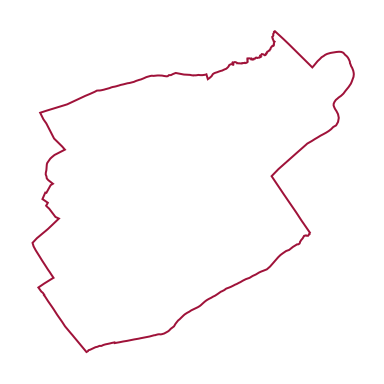 Concepción, Corrientes, Argentina, rotated 182°
{"feature_id": "61730980B94063956743041", "entity_name": "Concepción", "entity_type": "district", "adm_level": 2, "iso_a3": "ARG", "parent_name": "Argentina", "parent_adm1": "Corrientes", "projection": "albers", "projection_center": [-58.127, -28.402], "detail": "fine", "context": "isolated", "style": "outline", "palette": "rose", "viewbox_px": 384, "rotation_deg": 182, "n_neighbors": 0, "source": "geoboundaries", "source_scale": "gbopen_adm2", "svg_char_len": 5920}
<svg xmlns="http://www.w3.org/2000/svg" viewBox="0 0 384 384"><g transform="rotate(182 192 192)"><path d="M336.1,198.9L335.3,198.3L331.3,195.4L333.5,193.9L337.5,186.1L338.6,186.3L341.2,179.7L339.1,178.4L335.7,176.2L337.3,173.2L336.1,172.0L334.2,170.4L327.6,162.3L324.1,160.8L334.9,149.8L345.4,140.4L349.6,135.6L348.4,132.1L346.1,128.2L342.3,122.6L339.3,118.1L336.0,113.4L333.3,109.5L331.4,107.0L329.8,104.7L327.4,101.4L328.2,100.9L330.2,99.6L336.6,95.3L342.2,91.2L339.1,87.2L337.6,86.1L336.0,84.0L336.3,83.7L335.0,82.1L332.0,77.8L328.1,72.6L326.2,70.0L322.4,64.5L317.2,57.6L314.2,53.3L311.4,50.2L307.9,46.3L306.4,44.7L305.1,43.2L299.9,37.4L295.9,32.9L293.3,30.0L291.9,28.4L290.6,29.2L290.3,29.5L290.1,30.0L289.4,30.5L288.3,30.8L283.1,33.5L282.4,33.7L281.5,33.9L280.5,34.3L279.1,35.0L277.3,35.0L276.4,35.4L275.3,36.0L273.2,36.7L270.7,37.3L268.0,38.0L267.1,38.3L264.2,39.0L264.0,38.3L258.4,39.5L255.6,40.2L252.5,40.8L251.5,41.0L244.4,42.7L242.4,43.1L240.0,43.6L238.5,44.0L229.4,46.1L224.9,47.5L223.9,47.6L223.1,47.9L221.2,48.5L219.8,48.7L218.3,48.6L217.0,48.9L214.9,49.6L213.7,50.3L212.2,51.2L210.9,52.0L209.9,52.9L208.4,54.6L206.9,55.8L205.3,57.1L203.9,59.7L202.6,61.5L201.4,63.1L199.9,64.4L198.6,65.8L196.1,68.4L194.9,69.5L192.6,71.1L190.5,72.3L188.6,73.7L186.3,74.9L184.2,76.0L182.1,77.1L180.3,78.3L179.0,79.4L177.8,80.6L175.5,82.8L173.8,84.2L172.6,85.0L171.3,85.8L168.9,87.1L167.6,88.0L165.3,89.2L162.9,90.9L160.8,92.5L159.6,93.4L158.5,93.9L156.0,95.3L155.2,96.1L154.3,96.7L153.3,97.1L151.8,97.7L149.8,98.6L147.4,99.9L145.7,100.9L144.1,101.6L141.9,102.9L140.5,103.6L138.2,105.1L135.1,106.8L131.5,108.2L128.5,110.2L125.3,111.8L122.1,113.9L119.9,115.0L118.2,115.7L114.5,117.3L111.4,120.2L103.6,129.8L101.4,132.1L99.4,133.7L95.9,136.3L92.9,137.5L89.3,140.6L86.7,142.3L86.1,142.7L85.5,143.2L84.8,143.4L84.3,143.3L83.3,143.8L82.7,144.3L82.3,145.4L82.2,146.2L81.7,146.8L81.4,147.5L79.8,149.5L78.5,152.0L77.9,152.0L77.4,152.5L76.9,152.5L76.4,152.6L76.0,152.3L75.2,152.3L74.5,152.3L74.1,152.8L73.8,153.4L73.4,153.7L73.1,153.9L73.3,154.6L72.7,155.4L81.5,167.2L86.9,174.9L99.9,192.5L113.0,210.6L106.4,217.9L88.3,235.1L79.6,243.3L78.5,244.4L75.7,246.1L73.8,247.3L71.2,249.1L68.5,250.8L65.5,252.8L62.7,254.4L60.0,256.0L57.5,257.7L55.2,259.6L53.1,261.9L50.3,263.6L48.5,267.1L47.9,271.2L48.8,274.9L50.4,277.8L52.0,280.1L52.9,281.9L53.5,283.4L53.5,285.1L52.7,287.1L51.4,289.1L49.8,290.5L48.8,291.5L46.3,293.4L44.1,295.6L42.1,298.5L39.2,302.3L37.0,305.8L36.1,308.1L35.5,310.0L34.6,312.7L34.4,315.4L34.6,316.8L35.1,318.9L36.0,321.0L36.4,321.9L37.3,323.2L38.1,325.3L38.6,326.2L38.8,327.8L39.7,329.7L40.4,331.0L41.1,332.0L42.1,333.1L44.2,334.8L44.7,335.5L45.2,336.0L45.8,336.5L47.6,337.2L49.9,337.3L52.4,337.0L54.4,336.6L56.5,336.2L58.4,335.8L60.3,335.2L61.8,334.7L63.7,333.7L65.2,332.5L67.2,331.2L68.9,329.3L71.1,327.1L74.7,322.4L76.1,320.7L100.5,343.2L106.0,348.1L110.2,351.7L114.8,355.6L115.4,355.2L115.0,354.7L115.5,354.4L115.8,353.8L116.3,352.9L116.3,352.1L116.2,351.7L116.2,351.2L116.6,350.4L117.2,349.9L117.1,349.1L116.9,348.5L116.6,348.3L116.6,347.6L116.2,346.9L115.8,346.1L115.6,345.4L115.1,345.4L114.7,345.1L115.1,344.6L115.2,343.5L115.4,343.0L115.5,342.6L115.2,342.1L115.3,341.6L115.7,340.9L116.2,340.9L116.6,340.9L117.1,340.5L117.3,340.0L117.7,339.7L118.1,339.2L118.2,338.8L118.5,338.3L118.6,337.5L119.0,337.2L119.3,336.8L119.4,336.2L120.0,336.0L120.4,335.7L120.6,335.3L121.0,335.1L121.7,334.8L121.9,334.2L122.0,333.6L122.4,333.4L122.8,333.1L122.5,332.7L122.9,332.2L123.3,331.5L123.7,331.3L124.2,331.2L124.5,331.4L125.0,331.8L125.7,332.1L126.4,332.2L127.1,332.2L127.4,331.5L128.0,331.1L128.7,330.7L128.5,329.8L127.9,329.5L128.2,329.2L128.8,329.2L129.2,328.8L129.5,328.6L129.9,328.6L130.4,328.7L130.7,328.5L131.4,328.2L132.0,328.3L132.6,328.6L133.3,328.1L133.6,327.8L133.8,327.4L134.2,327.4L134.6,327.4L135.2,327.2L135.2,326.6L135.6,326.5L136.2,326.4L136.8,326.6L137.0,326.9L137.5,326.6L137.8,327.0L137.7,327.5L138.5,327.4L139.0,327.5L139.4,327.6L139.8,327.6L140.4,327.4L140.9,327.5L141.3,327.4L141.3,326.7L141.3,326.2L141.0,325.8L141.2,325.4L141.1,324.7L140.9,324.4L141.0,323.8L141.3,323.5L141.8,323.3L142.1,323.0L142.9,322.9L143.3,322.7L143.8,323.0L144.3,322.7L144.9,322.7L145.5,322.6L146.4,322.6L146.6,322.2L147.2,322.2L148.1,322.2L148.5,322.2L149.1,322.3L149.6,322.2L150.0,322.2L150.8,322.4L151.4,322.2L151.7,322.7L152.5,323.1L153.1,323.3L153.6,323.2L154.0,323.3L154.5,323.0L155.2,322.9L155.9,323.0L156.1,322.7L155.9,322.2L155.3,321.8L155.1,321.1L155.2,320.6L155.6,320.6L156.2,321.3L156.9,321.1L157.6,321.0L158.0,320.9L158.6,320.5L159.5,319.8L159.6,319.4L159.7,318.9L160.1,318.4L160.5,317.9L162.0,316.4L163.0,316.0L164.0,315.5L164.7,315.2L165.0,315.0L166.1,314.4L167.2,314.1L168.9,313.5L171.0,312.6L171.9,312.3L173.0,311.9L173.9,311.5L175.3,310.5L176.5,308.4L178.5,306.5L180.1,305.3L181.7,310.1L182.6,309.7L184.3,309.4L186.0,309.1L187.6,309.1L188.0,309.1L189.4,309.2L189.9,309.2L191.2,308.9L192.6,308.7L194.3,308.7L194.6,308.5L196.6,308.7L198.2,309.0L199.2,309.0L204.2,309.1L212.4,310.4L215.2,309.2L217.1,308.1L219.1,308.0L220.3,306.9L221.7,306.7L223.1,306.9L223.5,306.9L224.8,307.1L225.2,307.2L226.4,307.3L227.9,307.3L228.4,307.3L230.1,307.3L231.6,307.1L233.1,306.9L234.5,306.7L236.2,306.8L237.2,306.6L237.7,306.5L239.9,305.8L241.7,305.2L244.3,303.9L247.0,302.7L249.0,302.1L249.5,301.9L251.7,301.1L254.0,300.0L256.1,299.4L258.1,298.8L260.3,298.4L262.3,297.8L264.3,297.2L267.1,296.5L269.2,295.7L269.7,295.6L271.1,295.1L272.9,294.6L274.8,294.2L276.4,293.7L277.9,293.0L281.1,292.0L281.5,291.9L283.6,291.2L285.9,290.6L286.3,290.5L287.9,290.2L288.6,290.2L290.6,290.0L292.8,288.7L297.3,286.5L302.1,284.3L319.9,275.2L340.2,268.2L346.5,265.9L343.0,259.4L340.0,255.5L331.7,240.6L328.4,237.6L323.3,232.9L320.5,229.9L330.7,224.2L333.3,221.9L334.8,220.4L337.6,216.1L338.0,214.8L338.1,213.5L338.2,210.9L338.3,208.8L338.8,206.0L338.8,204.4L338.0,202.5L337.6,200.5L336.1,198.9Z" fill="none" stroke="#9f1239" stroke-width="2"/></g></svg>